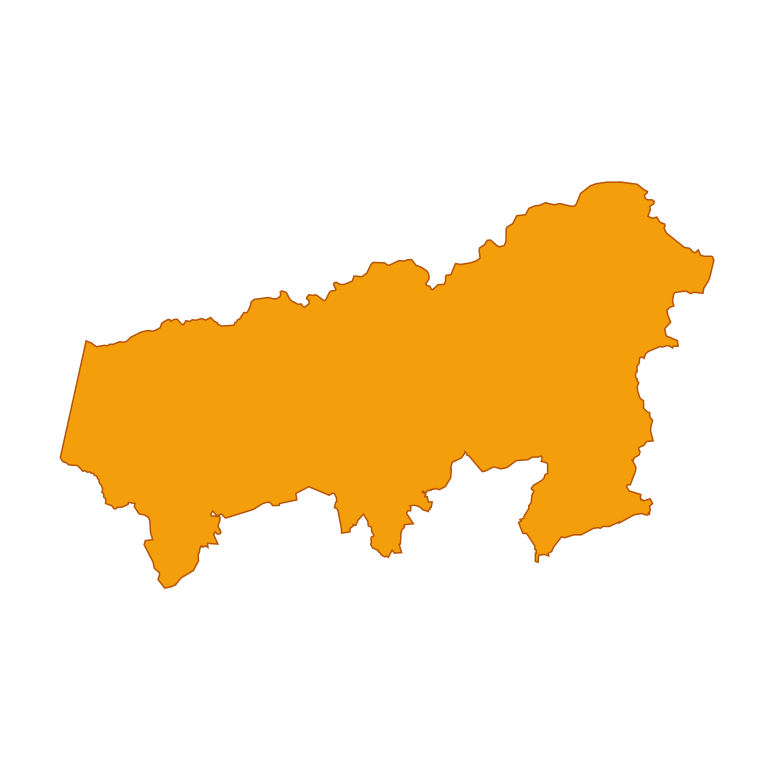 the district of Tecozautla, Hidalgo, Mexico, rotated 7°
{"feature_id": "50627088B66071883870348", "entity_name": "Tecozautla", "entity_type": "district", "adm_level": 2, "iso_a3": "MEX", "parent_name": "Mexico", "parent_adm1": "Hidalgo", "projection": "natural_earth1", "projection_center": [-99.632, 20.54], "detail": "fine", "context": "isolated", "style": "filled", "palette": "amber", "viewbox_px": 768, "rotation_deg": 7, "n_neighbors": 0, "source": "geoboundaries", "source_scale": "gbopen_adm2", "svg_char_len": 6147}
<svg xmlns="http://www.w3.org/2000/svg" viewBox="0 0 768 768"><g transform="rotate(7 384 384)"><path d="M665.2,469.9L662.1,465.5L656.1,468.3L653.3,466.8L653.1,467.3L652.3,465.2L652.4,462.4L640.2,460.2L637.2,455.9L637.9,454.3L640.4,454.3L640.9,453.5L644.3,439.6L644.1,435.8L639.6,429.1L640.9,428.9L641.3,426.9L645.9,423.2L646.4,420.2L644.8,417.6L644.8,415.8L649.1,413.5L651.8,409.1L658.1,407.6L654.3,398.3L654.1,393.8L655.0,387.3L651.9,384.4L651.1,380.0L648.7,379.6L644.7,376.6L643.6,368.8L641.1,367.9L639.4,366.0L636.6,360.2L635.6,356.0L636.7,351.7L634.7,349.6L634.9,348.3L633.3,347.1L632.3,343.1L633.8,340.9L632.9,335.9L634.8,332.2L634.5,327.0L636.6,325.7L639.0,326.9L640.0,321.9L642.7,319.3L653.3,313.2L656.1,313.3L659.8,311.6L662.4,311.5L666.2,313.0L666.5,311.2L671.4,310.5L669.8,305.1L658.2,301.8L655.8,295.0L661.0,287.7L657.2,280.9L655.8,276.3L658.7,272.8L662.2,271.2L660.3,266.6L660.6,259.2L661.7,257.7L672.4,254.9L677.2,257.0L680.1,255.2L689.5,255.1L689.8,249.8L693.1,242.9L694.3,238.6L696.3,221.0L694.5,217.6L693.5,217.3L686.1,218.2L682.4,217.5L679.6,212.6L677.1,215.5L675.2,215.7L670.8,212.1L665.4,211.8L646.5,200.1L643.9,197.0L643.1,194.7L643.8,192.7L643.0,191.0L638.0,189.7L634.4,185.1L630.2,186.8L625.5,185.4L627.1,178.6L626.1,175.5L629.8,172.2L630.0,169.9L627.6,168.5L623.5,169.1L621.3,168.4L619.9,166.7L619.8,164.7L622.0,162.0L622.1,160.7L618.9,159.7L611.0,154.9L594.8,154.7L580.6,156.5L570.4,159.3L564.7,162.1L555.9,170.9L552.9,182.1L551.3,184.2L548.4,184.8L536.3,183.5L531.2,185.4L522.1,184.4L517.2,187.5L512.3,188.7L506.5,191.9L503.8,198.7L495.2,200.8L492.2,209.2L486.8,213.4L486.4,215.2L487.7,228.0L486.4,231.9L481.9,233.8L479.3,232.9L472.2,228.1L468.9,228.9L466.7,233.6L462.3,237.3L462.1,239.6L464.0,247.3L460.7,250.5L454.8,253.3L445.5,256.0L440.3,255.8L437.0,267.4L432.6,268.5L432.1,269.4L432.5,275.0L431.4,277.8L425.7,278.8L420.7,284.6L419.4,284.3L417.7,281.4L414.5,281.0L413.2,279.7L415.7,274.6L415.8,272.6L415.0,269.5L413.1,266.9L406.9,263.6L401.1,262.2L396.3,257.2L392.2,257.8L389.6,259.4L383.6,259.8L375.0,265.3L373.0,265.5L369.8,263.7L358.6,264.6L356.6,266.7L353.5,275.8L349.8,279.5L348.2,280.3L341.2,280.4L340.0,285.7L332.3,290.0L328.3,290.6L324.5,288.9L322.4,289.5L321.8,291.3L324.8,296.3L323.6,297.4L320.0,298.1L318.8,299.4L315.7,308.1L314.1,308.5L305.8,303.8L302.0,304.8L298.6,304.5L296.9,307.2L296.8,308.9L299.3,310.1L299.8,313.4L296.2,317.2L294.2,317.0L292.0,314.6L289.2,315.4L282.2,312.8L279.9,310.9L275.8,304.9L271.1,304.1L269.7,305.4L270.6,307.4L270.0,310.2L267.0,312.4L263.9,313.0L258.9,312.2L244.7,315.9L242.1,319.0L241.8,322.9L239.6,329.7L236.2,330.2L232.8,337.0L230.7,338.3L230.2,340.2L228.5,341.2L227.8,343.9L216.1,346.3L211.7,344.9L211.2,343.6L207.6,342.3L203.9,339.1L199.3,342.3L195.0,341.2L190.0,343.5L185.7,343.7L183.9,345.5L179.7,345.3L177.6,349.6L175.7,349.2L170.9,344.9L167.5,345.6L164.9,347.8L163.7,346.3L162.0,346.2L157.6,349.2L155.8,351.5L155.2,355.1L152.3,357.5L148.4,359.7L143.0,359.7L136.7,362.0L126.8,368.5L123.7,372.8L121.0,374.2L116.4,374.3L110.1,377.7L106.9,378.0L104.5,379.9L101.6,379.7L94.1,382.1L88.6,379.0L83.1,377.5L71.7,496.5L74.6,500.2L78.1,500.8L80.9,502.7L89.8,502.3L95.9,507.3L97.8,506.5L100.3,507.7L102.9,507.1L104.1,508.2L106.3,508.0L107.7,509.9L110.2,510.4L111.1,512.6L112.6,513.7L113.5,516.8L116.1,519.5L117.7,523.1L117.1,525.9L119.0,526.7L119.6,530.3L122.1,532.4L122.1,536.2L122.9,536.7L128.6,537.9L131.3,540.7L133.0,540.6L134.4,538.9L138.3,538.4L141.5,536.8L144.7,534.5L144.8,532.7L151.5,532.9L151.0,536.0L156.7,542.8L162.4,543.2L166.4,545.1L168.2,548.2L170.4,560.1L173.4,566.7L166.2,568.5L165.5,572.7L176.5,589.0L178.6,595.1L184.1,598.6L184.4,601.4L183.5,605.5L191.2,613.3L197.5,611.2L201.6,608.7L206.0,601.4L217.5,592.4L221.5,582.1L220.3,576.6L221.3,572.9L221.2,569.5L222.2,568.6L221.8,567.4L222.9,566.9L224.4,567.9L226.7,566.5L229.2,567.7L228.1,563.7L238.6,563.1L233.2,554.1L234.5,551.4L236.8,553.2L239.3,552.8L240.1,551.5L239.7,549.7L236.5,545.4L237.7,539.4L237.5,536.4L236.6,535.6L228.4,535.9L228.0,533.5L229.6,530.9L233.6,534.9L236.1,534.5L238.3,532.8L243.1,536.4L269.7,524.4L278.0,517.6L282.6,515.5L285.0,515.4L288.6,518.3L294.9,517.2L294.8,515.4L311.6,509.6L309.8,503.4L321.9,495.1L343.3,501.1L345.5,499.0L348.0,498.7L350.7,502.8L351.4,506.7L350.5,507.3L349.8,512.7L352.7,513.6L353.9,515.7L359.2,532.3L360.1,537.2L368.2,534.9L368.0,531.3L370.3,529.1L370.6,527.2L372.4,528.1L373.5,527.4L374.6,522.7L379.4,515.7L384.7,522.3L385.7,526.7L388.9,527.7L390.0,532.4L391.8,534.4L392.3,536.2L390.1,537.3L389.9,539.9L390.8,542.2L390.3,545.0L393.0,548.2L398.4,549.9L398.6,551.0L401.0,552.2L401.7,553.7L405.6,555.5L407.6,554.5L409.3,555.6L412.3,548.0L415.0,550.6L422.0,549.2L418.5,541.3L419.8,540.8L419.0,529.7L419.8,526.0L421.5,524.2L421.4,521.2L430.2,519.1L422.2,509.8L422.8,507.1L425.9,506.5L425.7,503.6L424.4,501.9L428.5,500.7L432.4,500.9L436.4,502.7L437.3,504.0L443.3,505.1L443.0,504.5L444.9,502.7L444.6,501.1L445.9,500.7L446.2,495.2L442.5,495.7L440.6,490.6L438.2,490.9L439.0,488.4L434.9,486.6L435.8,485.6L437.6,486.7L439.3,486.4L440.5,484.3L442.3,484.2L443.0,483.2L443.8,483.6L444.7,482.4L446.1,482.6L447.3,481.5L451.8,482.1L457.5,478.2L461.6,468.8L461.3,461.7L460.9,459.6L460.3,459.6L461.3,453.3L469.7,448.1L472.3,443.4L472.5,441.3L474.7,443.0L475.1,444.6L477.0,444.9L492.2,459.0L494.9,458.2L503.1,452.8L510.2,454.0L514.4,452.7L517.1,451.2L524.6,443.9L536.1,441.6L540.4,438.4L545.5,437.9L548.7,436.3L550.1,438.0L549.4,441.7L553.7,442.0L556.1,443.4L557.3,452.7L554.9,454.5L554.3,457.9L552.5,460.3L544.7,466.3L543.0,469.4L543.1,470.5L545.9,471.8L544.4,475.9L544.5,483.8L542.5,487.4L542.9,490.0L539.1,498.2L539.3,500.0L535.7,502.0L534.9,501.7L537.0,503.3L534.4,505.1L540.0,515.3L543.9,515.1L553.6,526.6L553.7,529.6L555.1,529.9L555.8,533.3L554.9,533.5L555.8,541.7L558.6,542.1L558.5,535.0L564.2,533.6L568.5,534.6L567.6,531.8L570.8,529.9L572.3,525.0L578.8,514.1L582.2,514.5L590.7,510.6L598.0,509.7L609.3,501.8L614.0,500.5L616.3,500.8L618.8,498.6L624.9,498.0L634.4,492.2L634.4,493.3L647.9,483.5L655.7,481.1L660.0,482.1L661.8,481.8L662.1,480.8L663.4,481.0L663.2,479.0L662.6,479.1L663.8,476.9L662.4,473.1L665.2,469.9Z" fill="#f59e0b" stroke="#b45309" stroke-width="1.5"/></g></svg>